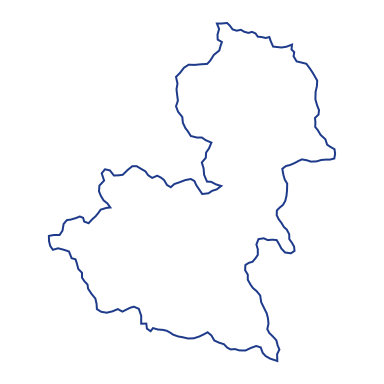 the district of Sabará, Minas Gerais, Brazil
{"feature_id": "56859067B97215734889399", "entity_name": "Sabará", "entity_type": "district", "adm_level": 2, "iso_a3": "BRA", "parent_name": "Brazil", "parent_adm1": "Minas Gerais", "projection": "robinson", "projection_center": [-43.778, -19.845], "detail": "fine", "context": "isolated", "style": "outline", "palette": "blue", "viewbox_px": 384, "rotation_deg": 0, "n_neighbors": 0, "source": "geoboundaries", "source_scale": "gbopen_adm2", "svg_char_len": 3267}
<svg xmlns="http://www.w3.org/2000/svg" viewBox="0 0 384 384"><path d="M96.9,309.1L101.2,311.8L106.7,312.7L112.3,311.4L117.8,309.1L122.4,311.6L126.4,309.6L130.3,307.7L133.9,306.7L138.8,308.8L141.2,315.8L141.2,323.7L146.3,323.6L146.9,328.6L150.6,331.2L153.0,328.1L157.9,329.5L163.0,329.9L166.8,330.8L170.1,332.6L173.2,334.7L178.3,336.5L182.5,337.2L188.0,338.5L193.8,338.3L199.3,336.5L203.9,334.3L207.6,332.3L211.4,335.4L214.3,340.5L218.9,342.6L223.9,344.2L227.3,347.7L230.6,349.4L235.1,349.1L239.4,350.4L245.5,350.5L250.7,348.0L256.2,346.0L260.7,347.4L262.7,352.9L265.7,356.1L270.1,358.6L277.3,361.0L277.1,354.2L279.4,349.5L277.7,345.6L276.3,340.2L272.7,336.3L269.2,332.9L267.3,329.2L268.5,323.5L267.9,318.0L266.7,313.3L264.2,308.3L261.2,302.2L260.2,295.5L256.6,291.1L252.9,288.0L250.7,284.9L247.8,279.8L247.8,274.7L245.1,270.1L245.4,265.0L248.9,262.8L252.5,261.8L255.4,258.4L257.8,254.9L257.8,249.2L256.4,244.5L258.5,239.1L263.7,238.3L267.7,240.1L272.3,239.7L276.7,240.1L279.5,244.9L281.3,248.5L285.1,252.5L290.9,253.3L294.5,250.9L294.1,246.7L292.2,243.2L289.3,239.1L289.2,234.2L286.7,229.5L283.8,226.9L281.6,223.1L278.8,219.4L276.7,215.2L276.9,210.4L279.8,207.5L283.0,204.9L285.3,200.8L286.5,195.6L287.0,190.5L287.2,183.6L284.8,179.7L283.4,174.9L282.3,168.8L286.0,166.0L289.8,165.1L294.5,163.1L298.6,160.9L301.9,159.4L306.5,160.2L311.0,161.6L316.5,161.4L321.2,160.0L325.7,159.6L329.9,159.6L334.3,158.5L335.1,153.6L334.5,149.2L330.1,146.7L327.1,144.6L325.4,139.3L320.6,134.9L317.8,130.2L315.2,126.9L315.4,122.6L315.0,117.9L318.5,114.6L319.0,110.1L317.1,105.3L315.4,99.4L315.6,91.8L316.9,86.1L317.2,80.6L315.2,77.1L312.9,73.1L310.0,68.7L306.4,63.8L301.3,62.5L296.6,61.4L293.6,56.3L294.2,52.1L291.5,49.5L292.0,44.6L286.5,46.7L281.5,47.5L273.1,46.6L270.7,41.1L269.3,37.0L265.8,38.0L261.4,37.0L257.8,36.7L255.5,33.4L252.0,31.9L248.4,32.9L244.3,31.8L240.9,29.8L236.7,30.7L232.6,29.4L229.8,25.6L227.1,23.0L221.7,23.5L216.9,23.5L219.1,29.0L217.5,34.7L217.7,39.6L221.9,42.0L220.6,45.7L219.3,50.5L213.9,54.8L210.1,60.8L207.2,63.9L200.7,64.3L194.6,64.9L188.7,64.7L184.0,67.7L180.0,72.9L176.0,76.9L177.5,83.6L176.5,89.2L177.1,94.6L177.9,100.7L176.0,106.3L178.1,111.8L182.3,117.0L182.9,122.9L185.4,128.1L187.7,131.1L190.8,136.0L196.7,137.5L201.8,137.5L205.7,140.2L211.4,142.6L209.0,148.4L206.1,152.6L205.8,157.8L201.8,162.5L203.6,168.4L204.1,174.8L207.0,181.6L211.1,181.8L215.8,184.3L221.2,186.0L216.7,189.4L212.2,190.8L208.4,193.3L202.2,194.0L199.0,189.2L196.3,185.2L194.4,181.0L190.8,179.0L185.2,180.1L178.9,182.5L174.4,184.0L170.8,187.2L167.0,185.0L164.1,180.1L161.1,177.7L157.2,175.7L152.2,177.9L148.2,175.3L145.4,171.3L141.0,168.8L136.7,166.2L132.3,166.2L127.6,170.0L122.7,174.8L118.8,175.3L113.9,175.5L109.9,170.4L105.0,169.3L101.7,173.3L104.1,180.6L99.4,185.6L99.0,191.4L100.8,195.8L103.6,200.4L107.3,203.3L110.3,207.5L106.3,207.9L100.6,209.7L98.3,213.0L95.4,216.5L92.3,219.2L88.6,223.2L84.2,221.6L83.1,217.8L79.8,216.5L75.8,218.1L70.7,219.6L66.9,220.1L63.6,224.0L62.5,230.6L59.6,235.0L53.8,235.0L48.9,235.9L49.0,241.0L50.2,245.9L52.9,249.8L58.1,248.3L64.0,249.8L69.0,251.5L71.6,258.2L75.5,259.3L76.8,263.2L78.3,269.0L82.0,272.8L82.0,277.6L84.5,281.4L87.5,284.5L88.1,288.7L91.4,293.7L95.4,298.6L96.6,304.1L96.9,309.1Z" fill="none" stroke="#1e3a8a" stroke-width="2"/></svg>